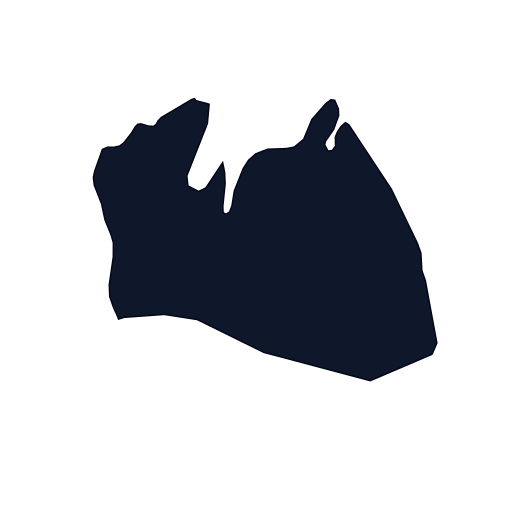 an SVG outline of Corozal, rotated 330°
{"feature_id": "BLZ-1325", "entity_name": "Corozal", "entity_type": "District", "adm_level": 1, "iso_a3": "BLZ", "parent_name": "Belize", "parent_adm1": "", "projection": "robinson", "projection_center": [-88.323, 18.225], "detail": "fine", "context": "isolated", "style": "filled", "palette": "ink", "viewbox_px": 512, "rotation_deg": 330, "n_neighbors": 0, "source": "natural_earth", "source_scale": "10m", "svg_char_len": 1137}
<svg xmlns="http://www.w3.org/2000/svg" viewBox="0 0 512 512"><g transform="rotate(330 256 256)"><path d="M219.4,82.8L222.4,84.0L227.9,89.8L232.2,92.6L235.5,92.0L238.8,90.0L243.2,88.7L278.3,88.3L281.5,89.0L281.5,91.3L291.3,101.1L280.1,117.0L236.2,151.9L232.1,161.2L238.6,171.4L246.6,172.0L273.8,158.5L270.6,168.0L265.3,178.1L252.3,196.1L249.2,201.9L250.8,204.9L255.2,204.6L260.2,200.6L269.8,188.8L288.6,173.9L297.5,169.3L306.9,167.4L319.6,169.4L336.1,178.2L343.5,180.8L355.6,178.8L372.7,165.7L392.4,159.0L399.1,158.1L402.0,160.5L400.9,169.7L397.8,175.7L386.5,185.2L373.6,191.3L371.0,194.1L370.9,201.2L374.9,202.8L379.9,200.5L384.2,192.7L388.8,189.1L394.6,186.3L400.1,185.2L402.0,188.8L406.6,265.9L402.1,325.8L400.2,336.0L392.3,351.6L390.4,361.8L369.1,421.8L359.4,429.1L292.6,421.1L214.6,343.4L173.3,281.6L147.3,260.7L111.2,243.2L105.4,241.9L105.9,239.5L106.9,229.2L109.0,218.1L114.5,207.6L132.0,185.4L139.1,173.2L141.0,165.7L143.3,149.2L148.4,133.5L151.4,113.8L154.4,106.7L158.7,101.9L176.3,86.9L182.0,87.6L187.3,90.8L193.1,92.6L198.1,91.9L209.4,87.4L215.6,84.0L219.4,82.8Z" fill="#0f172a" stroke="#020617" stroke-width="1.5"/></g></svg>